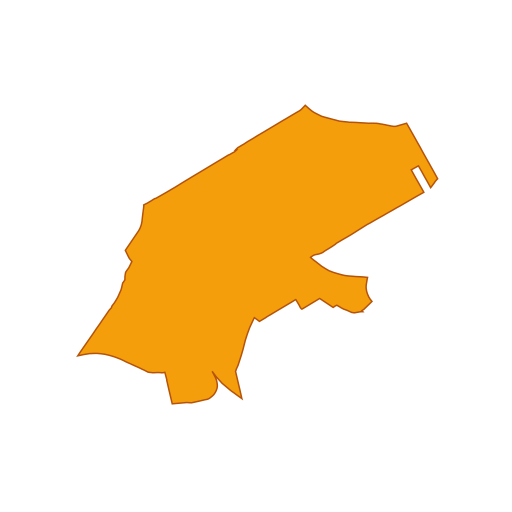 Strathfield, New South Wales, Australia (orthographic projection), rotated 230°
{"feature_id": "25037944B1137671739470", "entity_name": "Strathfield", "entity_type": "district", "adm_level": 2, "iso_a3": "AUS", "parent_name": "Australia", "parent_adm1": "New South Wales", "projection": "orthographic", "projection_center": [151.074, -33.88], "detail": "fine", "context": "isolated", "style": "filled", "palette": "amber", "viewbox_px": 512, "rotation_deg": 230, "n_neighbors": 0, "source": "geoboundaries", "source_scale": "gbopen_adm2", "svg_char_len": 5657}
<svg xmlns="http://www.w3.org/2000/svg" viewBox="0 0 512 512"><g transform="rotate(230 256 256)"><path d="M367.3,202.8L366.4,202.2L359.1,194.3L356.0,191.1L355.6,190.7L355.3,190.2L354.9,189.8L354.6,189.4L354.3,189.0L353.7,188.2L353.5,187.9L353.2,187.5L352.8,186.7L352.3,185.9L351.9,185.1L351.6,184.4L351.3,183.7L351.0,182.9L350.7,182.1L350.5,181.4L347.4,170.4L344.3,159.5L342.2,159.0L337.8,157.9L335.5,157.4L331.6,157.4L331.2,156.7L331.0,156.1L330.9,155.7L330.7,155.5L329.4,152.5L329.0,151.5L328.8,151.2L328.7,150.8L327.8,147.2L327.5,146.3L327.5,146.1L327.4,145.9L327.1,145.4L326.8,145.0L324.7,142.6L322.2,140.4L322.0,140.1L321.9,140.0L321.9,139.9L321.8,139.7L321.4,138.1L321.2,137.8L321.1,136.7L320.7,136.1L317.9,132.4L316.7,130.6L313.8,124.7L313.2,123.4L312.3,120.9L311.6,118.8L311.1,117.2L310.3,113.6L310.1,113.2L309.7,112.5L309.3,112.0L308.9,108.8L307.9,105.2L306.3,99.5L306.2,99.0L304.4,92.7L302.8,86.6L301.2,81.1L299.1,73.3L295.6,60.4L294.1,55.3L292.6,58.1L291.5,60.2L290.3,62.3L289.2,64.1L288.2,65.8L287.0,67.3L285.8,68.9L284.6,70.4L283.4,71.8L282.9,72.3L280.8,74.4L280.1,75.0L279.5,75.6L278.9,76.1L278.3,76.7L277.0,77.7L274.9,79.3L272.6,80.9L270.4,82.3L269.3,83.0L268.1,83.7L265.7,85.0L264.1,85.9L262.4,86.7L260.4,87.6L258.9,88.2L257.2,89.0L255.2,90.0L249.1,92.9L247.1,93.9L245.4,94.7L242.0,96.2L240.4,97.0L238.7,97.7L236.5,98.6L235.7,99.3L234.9,100.0L234.1,100.8L233.3,101.5L232.5,102.4L231.9,103.2L231.2,104.1L230.6,104.9L229.9,105.8L229.2,106.6L228.8,107.0L228.4,107.5L228.0,107.9L227.7,108.2L227.3,108.5L227.1,108.8L226.8,109.2L226.5,109.5L226.3,109.9L226.0,110.3L225.5,111.4L224.2,110.8L219.1,108.4L218.5,108.1L218.2,107.9L217.8,107.5L216.7,107.0L210.3,103.7L196.6,96.8L196.2,97.4L188.3,108.7L185.0,112.2L181.3,119.3L178.4,125.1L178.2,125.4L178.0,125.7L177.3,127.1L176.9,128.8L176.8,130.7L176.8,132.6L176.9,134.3L177.2,135.6L177.6,136.9L178.1,138.2L178.6,139.3L179.3,140.4L179.5,140.8L179.8,141.2L180.2,141.7L180.5,142.0L181.2,142.8L182.0,143.4L182.8,144.0L183.7,144.5L184.5,145.0L186.2,145.9L188.0,146.5L189.9,147.0L194.9,148.1L195.9,148.3L195.7,148.3L194.8,148.2L189.6,147.9L186.3,148.0L180.4,148.2L169.4,150.1L167.3,150.6L165.1,151.2L162.5,151.8L155.9,153.5L156.6,153.8L156.9,154.0L157.0,154.1L163.2,157.3L175.1,163.3L180.6,166.1L180.8,166.2L181.3,167.2L182.0,168.2L183.8,172.0L189.2,180.6L190.4,182.4L192.8,186.0L198.4,193.8L202.0,199.5L205.3,205.3L209.0,213.2L209.6,214.5L209.8,215.1L208.7,215.4L207.5,215.7L207.2,215.8L203.7,216.6L202.5,223.9L202.5,224.7L202.4,225.5L197.9,253.1L197.2,257.9L197.1,258.4L197.0,258.5L189.9,257.3L189.4,257.1L188.9,257.0L188.3,256.9L187.8,256.8L187.2,256.8L186.7,256.8L186.1,256.9L185.8,257.0L185.7,257.7L185.6,257.9L183.0,274.6L182.7,276.5L182.5,277.4L182.5,277.5L167.8,281.8L167.0,282.1L166.8,284.5L166.3,286.3L162.1,287.8L161.9,287.8L161.2,288.1L160.5,288.4L159.7,288.7L159.0,289.0L156.1,290.7L151.3,293.0L151.1,293.2L150.9,293.3L150.7,293.5L150.3,293.8L150.1,294.0L149.9,294.2L149.6,294.5L149.4,294.7L149.3,294.9L149.1,295.0L146.2,300.1L144.7,302.0L146.1,301.9L145.8,304.4L146.6,315.1L146.7,315.7L147.7,315.6L148.7,315.7L149.8,315.7L150.8,315.9L151.9,316.0L152.9,316.3L153.9,316.6L155.0,316.9L156.0,317.3L157.0,317.7L157.9,318.1L158.9,318.7L160.1,319.4L161.2,320.2L162.0,320.9L163.2,322.1L164.3,323.4L166.5,325.9L167.9,327.7L171.0,324.7L173.1,322.5L175.4,320.0L179.9,315.4L181.9,313.4L184.0,311.5L185.8,310.1L188.2,308.4L189.7,307.4L191.5,306.2L192.7,305.4L194.1,304.5L195.8,303.6L197.7,302.5L201.0,301.3L205.6,299.8L206.9,299.5L209.4,299.0L209.7,298.9L213.2,298.2L215.7,297.6L218.2,297.1L219.9,296.9L219.8,298.6L219.6,300.2L219.2,301.7L217.6,304.6L217.0,305.8L216.3,307.6L215.8,309.4L215.6,312.3L215.0,316.1L214.4,320.3L214.0,324.1L214.0,324.9L214.1,325.7L213.7,328.0L212.9,332.9L211.9,338.5L211.2,342.7L210.4,348.7L208.7,361.1L208.6,361.6L208.0,364.4L207.4,367.9L206.4,373.5L206.0,375.6L205.2,379.7L204.7,382.7L202.4,395.4L201.8,398.3L200.6,405.2L198.8,415.5L197.5,422.5L196.9,425.5L198.2,425.8L208.0,427.6L213.0,428.5L222.2,430.3L222.1,430.9L221.9,431.8L221.6,433.6L221.4,434.5L221.2,435.5L220.9,437.3L220.6,438.4L219.7,438.2L214.1,437.2L209.1,436.2L203.1,435.1L197.5,434.0L196.1,433.7L196.3,434.8L196.6,436.2L197.5,439.9L197.9,441.1L198.2,442.9L198.4,444.8L202.9,445.7L215.9,448.2L218.7,448.7L221.8,449.3L226.6,450.2L227.7,450.4L233.5,451.6L239.5,452.7L242.0,453.2L258.1,456.2L260.9,456.7L265.2,447.0L265.5,446.5L265.7,446.1L266.1,445.7L266.6,445.0L268.1,443.6L269.6,442.4L271.0,441.3L272.2,440.3L273.4,439.4L273.8,439.1L275.3,437.8L276.0,437.3L277.2,436.2L278.7,435.0L280.1,433.7L283.3,430.1L285.3,427.6L286.0,426.9L289.6,423.1L291.0,421.6L293.7,418.8L295.9,416.4L298.7,413.2L299.7,412.4L300.8,411.3L305.5,406.8L306.0,406.4L308.3,404.8L312.1,402.1L319.3,397.1L320.5,396.3L321.9,395.6L326.1,393.8L326.7,393.5L329.1,392.6L331.1,392.0L334.9,391.3L335.2,391.3L336.3,391.1L339.8,390.6L339.7,389.9L339.3,386.1L339.2,385.0L339.2,383.6L339.3,382.5L339.8,379.8L340.6,375.1L341.0,372.6L341.5,369.6L342.0,366.4L342.2,365.5L343.0,360.6L343.2,359.3L344.3,352.4L345.3,346.2L345.9,342.4L347.2,334.8L347.9,329.8L348.3,327.3L349.0,323.3L349.1,322.5L349.4,319.8L349.5,318.8L350.0,316.1L350.7,311.7L350.7,311.3L350.6,310.2L350.5,309.1L350.4,308.3L349.7,309.2L349.6,307.2L349.6,306.4L349.8,305.7L350.0,304.7L350.7,300.8L351.1,299.8L352.4,291.4L353.1,287.2L353.9,282.1L355.3,273.2L356.3,266.8L356.9,263.2L357.9,256.9L358.1,255.5L359.0,249.8L359.3,247.8L359.6,245.8L360.7,238.2L361.6,232.9L361.9,230.8L362.0,230.7L362.3,228.6L362.9,225.3L363.5,222.0L364.0,219.2L364.5,216.5L364.9,215.6L365.1,215.2L365.8,210.2L366.2,207.9L366.3,206.8L366.6,205.9L367.3,202.8Z" fill="#f59e0b" stroke="#b45309" stroke-width="1.5"/></g></svg>